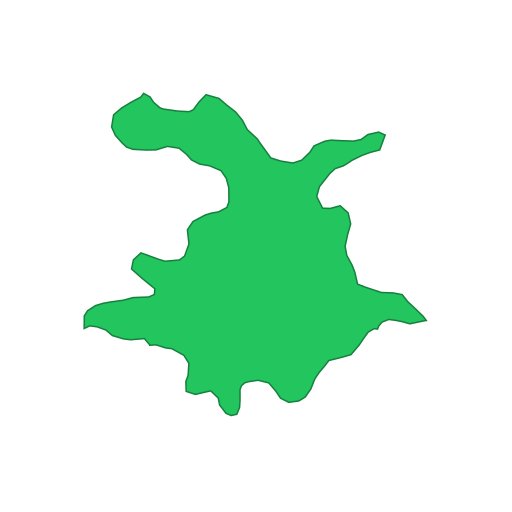 Agdam District, Ağdam, Azerbaijan, rotated 200°
{"feature_id": "54616110B71765796178707", "entity_name": "Agdam District", "entity_type": "district", "adm_level": 2, "iso_a3": "AZE", "parent_name": "Azerbaijan", "parent_adm1": "Ağdam", "projection": "natural_earth1", "projection_center": [47.033, 40.029], "detail": "fine", "context": "isolated", "style": "filled", "palette": "green", "viewbox_px": 512, "rotation_deg": 200, "n_neighbors": 0, "source": "geoboundaries", "source_scale": "gbopen_adm2", "svg_char_len": 2238}
<svg xmlns="http://www.w3.org/2000/svg" viewBox="0 0 512 512"><g transform="rotate(200 256 256)"><path d="M325.4,135.8L319.6,138.3L309.6,138.7L303.4,140.1L289.8,138.0L282.4,132.2L279.0,120.7L279.0,114.1L275.3,104.9L265.6,105.2L259.2,109.4L252.4,113.8L242.9,109.6L239.2,103.5L230.4,97.9L224.8,97.6L219.9,100.7L219.6,108.0L221.6,114.8L225.3,124.9L225.3,129.1L223.1,133.1L219.9,135.4L211.6,139.9L200.6,141.1L191.2,135.8L184.2,130.7L175.1,129.7L166.1,134.5L161.5,140.3L159.0,149.7L158.7,160.6L156.8,168.2L153.8,176.3L151.8,182.7L147.6,185.5L139.1,191.3L133.0,195.8L128.6,207.6L126.6,215.6L124.5,222.9L120.2,228.1L116.8,228.9L116.7,232.3L114.8,237.2L109.5,241.8L102.6,243.3L97.0,244.2L88.2,244.9L76.3,252.3L73.9,253.6L78.3,256.5L90.7,262.0L97.8,265.0L105.4,269.7L114.2,268.3L125.7,264.6L142.3,264.1L150.9,264.3L157.7,274.7L162.6,280.3L170.9,287.6L175.6,295.7L177.3,308.1L177.3,308.9L178.0,318.5L184.1,328.0L194.1,332.0L202.5,326.1L209.8,323.7L219.3,332.7L220.1,342.8L214.9,358.6L211.5,365.2L204.9,370.4L200.5,375.9L198.8,378.4L197.5,379.8L190.7,386.9L184.1,392.4L176.0,398.0L176.0,405.1L176.0,413.9L176.9,413.9L183.1,414.4L192.4,408.4L197.1,401.4L203.7,397.3L216.1,393.3L225.2,390.5L230.6,387.4L239.1,379.4L240.9,371.8L245.8,361.7L253.1,356.0L265.1,353.7L275.6,353.2L291.5,364.0L294.7,366.4L307.4,371.8L315.2,378.9L324.5,384.4L334.8,387.7L344.6,391.4L358.1,390.5L362.2,381.3L364.9,372.1L368.1,368.8L378.8,365.5L393.3,362.4L397.0,362.4L405.0,365.5L409.9,369.2L417.2,370.4L418.5,366.1L426.2,357.5L432.7,349.4L434.8,345.8L438.1,340.0L435.8,327.8L429.5,321.3L420.8,316.6L415.0,314.1L408.2,314.1L394.9,318.2L386.3,321.5L376.7,328.7L365.1,331.0L356.2,327.8L349.4,324.2L340.3,323.1L330.3,324.9L318.0,324.2L310.5,318.8L304.9,310.8L300.0,297.7L300.0,291.6L306.3,284.7L313.3,280.6L317.9,277.0L327.0,266.9L329.4,257.1L323.1,244.3L323.1,238.4L323.1,231.5L326.6,226.1L339.6,220.0L346.1,219.6L365.2,219.6L369.9,210.4L368.5,201.2L355.4,196.0L339.8,190.6L338.4,185.0L342.8,180.8L357.3,174.9L365.5,169.1L376.9,163.1L383.6,159.2L389.9,154.5L395.5,147.1L396.9,141.1L392.9,129.7L392.7,129.1L388.3,133.5L381.0,135.1L371.7,135.1L363.8,132.1L352.1,132.8L345.2,134.4L332.6,140.2L325.6,136.2L325.4,135.8Z" fill="#22c55e" stroke="#15803d" stroke-width="1.5"/></g></svg>